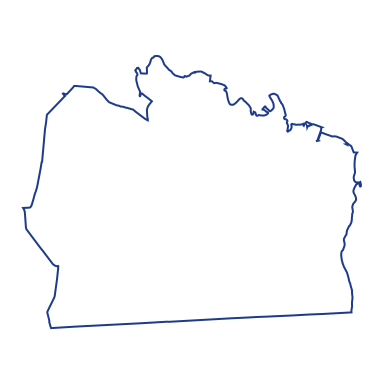 the district of Limanu, Constanta, Romania
{"feature_id": "2599482B33389686474372", "entity_name": "Limanu", "entity_type": "district", "adm_level": 2, "iso_a3": "ROU", "parent_name": "Romania", "parent_adm1": "Constanta", "projection": "mercator", "projection_center": [28.522, 43.777], "detail": "fine", "context": "isolated", "style": "outline", "palette": "blue", "viewbox_px": 384, "rotation_deg": 0, "n_neighbors": 0, "source": "geoboundaries", "source_scale": "gbopen_adm2", "svg_char_len": 5843}
<svg xmlns="http://www.w3.org/2000/svg" viewBox="0 0 384 384"><path d="M51.1,328.1L75.7,326.6L142.0,323.2L158.8,322.2L167.1,321.7L169.1,321.8L231.1,318.3L248.1,317.5L256.5,317.0L265.0,316.7L293.6,315.4L307.2,314.6L324.2,313.9L351.5,312.4L351.4,310.8L352.1,306.1L352.0,304.7L352.0,302.1L352.5,298.4L352.4,296.2L352.1,294.1L352.0,290.2L351.2,287.7L350.4,284.6L350.1,283.2L349.6,282.3L349.1,280.7L348.7,278.7L347.6,274.6L347.0,272.6L343.8,266.5L342.6,263.1L341.7,259.6L341.2,255.3L341.3,253.3L341.5,252.0L341.9,251.1L343.0,250.0L344.4,246.1L344.6,245.0L344.7,244.1L344.5,243.0L343.9,240.3L343.9,239.3L344.0,238.7L345.9,235.1L346.5,234.4L346.6,233.9L346.6,232.7L346.9,230.9L347.7,228.9L348.0,228.6L348.5,227.2L349.4,225.7L349.8,225.6L350.0,225.2L351.0,223.2L351.5,222.0L351.5,221.0L351.8,220.2L351.9,217.3L352.1,216.3L352.2,214.0L352.4,213.5L352.7,212.7L352.9,212.0L352.9,211.0L352.3,207.7L352.3,206.6L353.2,203.8L355.5,201.1L355.9,200.2L356.1,199.3L356.0,198.2L355.7,197.0L355.1,195.5L353.6,192.5L353.4,191.5L353.6,190.1L353.9,189.0L354.8,187.1L356.1,184.7L357.2,183.8L357.8,183.6L359.1,183.8L359.6,183.9L359.8,184.2L359.9,185.0L360.0,185.5L359.7,185.7L359.9,186.3L360.3,186.5L361.0,185.9L360.9,184.5L360.3,182.0L359.5,182.4L358.1,182.5L355.9,182.3L355.5,182.1L354.3,180.7L354.1,180.2L353.8,178.6L353.7,177.4L353.9,176.0L354.4,174.7L354.9,172.9L355.0,171.9L354.5,165.8L354.7,160.9L355.5,155.3L357.2,152.6L353.7,152.4L351.3,146.2L347.3,143.3L346.7,144.2L346.9,144.7L345.9,144.2L346.5,144.1L347.1,143.1L346.1,142.4L343.2,139.5L342.2,138.8L336.5,136.6L334.4,136.3L332.4,136.5L324.9,133.9L321.0,132.3L318.1,140.1L318.3,140.4L318.6,140.6L316.1,141.3L317.2,140.6L317.7,139.6L321.1,130.0L321.2,127.8L322.1,127.4L314.0,124.4L313.1,124.2L308.0,126.4L307.4,126.8L307.2,127.3L307.0,125.8L307.3,126.2L307.7,126.2L311.6,124.5L311.5,124.2L311.0,124.1L311.1,123.8L309.5,123.2L306.8,122.0L306.7,121.9L306.4,121.9L305.5,123.3L304.3,124.7L303.8,125.8L303.6,125.6L304.5,124.1L304.0,123.5L302.2,124.3L299.9,124.7L298.7,124.6L295.9,124.8L294.1,124.2L293.2,124.3L292.1,123.9L291.7,123.9L291.3,124.5L291.3,125.0L291.6,126.4L291.6,127.7L290.4,130.0L289.9,130.4L289.0,130.5L288.6,131.2L288.2,131.5L287.7,131.6L287.3,131.3L287.2,130.8L287.6,129.7L287.7,128.2L287.8,127.4L288.1,126.8L288.1,126.4L287.9,125.3L286.9,122.9L286.8,122.5L287.3,121.5L287.4,121.1L287.2,120.4L286.9,120.0L286.0,119.3L285.0,119.2L284.2,118.6L284.0,117.9L284.3,116.9L285.2,116.4L285.4,116.1L285.7,115.6L285.7,114.8L285.0,112.5L284.8,111.6L284.1,108.7L282.6,104.9L282.3,104.3L281.1,103.0L280.8,101.9L280.0,101.1L279.4,99.5L278.7,98.3L278.5,97.5L278.0,96.4L277.3,95.3L276.3,94.7L274.0,93.7L273.0,93.8L270.9,94.5L269.4,95.6L269.3,95.8L270.2,97.7L270.9,98.6L272.2,100.9L273.1,102.7L273.4,103.8L273.7,105.2L273.7,107.4L273.5,108.0L273.1,108.7L271.3,110.5L270.3,111.2L270.1,111.2L269.6,111.0L268.7,110.2L267.6,109.1L266.2,107.9L265.5,106.9L265.4,106.5L265.2,106.4L264.8,106.5L262.4,109.3L262.5,109.6L263.1,109.5L263.8,109.8L264.9,110.4L266.1,111.6L267.4,112.1L268.1,112.8L268.0,113.4L266.7,114.5L265.0,115.3L263.3,115.6L258.5,115.1L257.9,115.6L256.9,115.8L256.2,115.2L255.8,114.3L255.5,113.1L255.2,112.4L253.7,111.7L253.3,113.6L253.0,114.3L252.7,114.6L251.9,114.6L251.5,114.3L250.7,111.3L250.8,108.5L250.4,107.5L249.8,106.8L249.1,105.5L245.9,102.3L245.5,101.7L244.3,101.1L243.3,99.9L242.9,99.0L242.3,98.5L241.4,98.2L240.6,98.3L239.0,99.4L238.7,99.9L236.4,102.4L234.6,103.9L233.5,104.6L232.2,104.8L230.8,104.6L230.2,104.4L229.5,103.5L228.7,101.8L227.9,99.1L227.3,96.2L227.1,94.3L226.5,92.3L226.0,91.2L224.5,90.4L224.3,89.9L224.5,89.1L224.9,88.8L225.3,88.5L226.0,88.6L226.7,88.1L225.6,86.4L224.7,85.4L221.2,84.0L216.2,82.8L214.7,83.1L214.0,83.1L213.4,82.7L212.4,81.6L211.1,81.2L209.9,81.3L210.6,75.6L209.6,75.7L208.3,75.4L207.2,74.9L204.6,73.1L204.1,73.1L203.3,72.7L202.9,72.2L200.9,71.5L199.7,71.5L195.5,71.9L195.1,72.7L194.8,72.7L194.6,72.1L194.2,72.1L192.9,72.9L191.2,73.6L189.5,75.5L188.8,75.8L187.8,76.1L186.8,76.6L186.3,76.7L185.1,76.0L184.6,76.1L184.0,77.2L183.7,77.4L183.1,77.5L179.9,76.8L175.5,75.5L174.8,75.2L172.9,73.5L171.8,72.1L171.6,71.6L168.9,69.7L168.6,69.3L166.9,67.4L165.2,65.6L164.5,64.8L164.1,64.1L163.0,61.2L162.0,59.2L160.6,57.3L159.7,56.7L158.8,56.2L156.3,55.9L154.8,56.1L154.2,56.4L153.7,57.3L153.4,57.6L152.5,57.7L152.0,58.1L151.6,58.6L150.6,60.7L150.5,61.7L149.4,64.4L148.2,66.0L147.0,67.2L146.8,67.6L147.0,71.8L146.9,73.5L145.7,73.6L140.9,73.4L139.8,69.9L139.5,69.3L138.6,68.7L138.3,67.8L136.9,68.1L136.7,68.6L135.5,70.0L135.3,70.5L135.8,70.9L135.9,71.3L135.9,71.8L137.1,73.3L137.5,74.4L137.4,74.9L136.8,75.6L136.4,76.8L136.3,77.7L136.2,79.3L136.4,80.8L137.8,86.5L140.0,91.5L140.1,92.4L139.9,93.1L139.9,93.8L139.7,94.8L139.6,95.4L139.8,96.1L140.1,96.1L140.4,95.2L141.3,93.7L141.6,93.4L142.1,93.5L144.8,95.8L148.3,98.4L151.9,101.3L149.8,103.8L148.5,105.5L147.3,108.0L146.9,110.4L147.3,116.9L147.9,119.9L147.8,120.4L145.0,118.8L136.1,112.1L133.0,109.5L131.0,109.1L129.8,108.6L128.5,108.3L127.3,107.8L125.8,107.7L123.3,106.8L120.6,106.5L118.6,105.6L116.8,105.4L109.3,102.3L107.2,100.3L103.2,95.3L102.2,94.2L99.7,92.5L95.8,88.9L94.1,88.0L93.4,87.5L76.3,86.0L74.4,85.9L74.1,86.0L73.1,87.4L67.2,93.8L66.9,93.8L66.2,94.5L64.0,93.6L63.3,93.4L62.9,93.7L64.9,96.1L46.9,114.8L46.1,122.2L45.0,129.3L42.1,161.8L42.0,162.1L41.6,162.3L40.5,169.2L37.3,185.9L37.2,186.2L37.1,187.1L35.8,191.4L35.0,193.4L34.4,195.7L34.1,196.3L33.7,198.3L31.7,205.0L30.6,207.0L30.3,207.3L29.7,207.6L23.1,208.0L23.7,209.0L24.2,209.9L24.7,211.4L25.0,214.3L25.9,227.1L26.0,227.9L26.4,229.2L27.2,230.3L39.8,247.1L41.6,249.4L42.4,250.3L52.7,263.9L53.4,264.6L55.1,265.7L56.6,266.2L57.2,266.2L58.1,266.0L58.3,266.3L58.3,266.7L57.9,270.9L57.0,279.3L54.7,296.1L54.2,297.7L48.5,309.3L47.4,311.7L47.3,312.2L47.3,312.6L49.3,320.6L49.4,320.9L49.2,321.9L50.5,326.5L51.1,328.1Z" fill="none" stroke="#1e3a8a" stroke-width="2"/></svg>